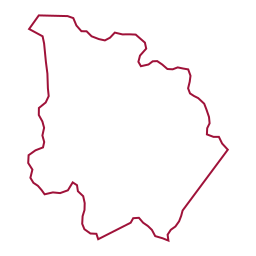 outline of São Ludgero, Santa Catarina, Brazil
{"feature_id": "56859067B3541578386981", "entity_name": "São Ludgero", "entity_type": "district", "adm_level": 2, "iso_a3": "BRA", "parent_name": "Brazil", "parent_adm1": "Santa Catarina", "projection": "orthographic", "projection_center": [-49.171, -28.352], "detail": "fine", "context": "isolated", "style": "outline", "palette": "rose", "viewbox_px": 256, "rotation_deg": 0, "n_neighbors": 0, "source": "geoboundaries", "source_scale": "gbopen_adm2", "svg_char_len": 1246}
<svg xmlns="http://www.w3.org/2000/svg" viewBox="0 0 256 256"><path d="M67.6,16.1L38.8,15.4L29.1,29.0L34.1,31.7L42.6,36.3L44.1,43.5L45.9,61.9L47.4,73.6L47.9,88.3L48.7,96.1L45.7,102.5L38.9,108.0L38.8,115.0L42.4,121.5L44.1,127.8L42.4,135.5L44.2,142.0L43.0,147.4L35.5,150.3L28.6,155.2L28.2,163.0L32.4,169.6L30.4,177.8L33.4,182.8L37.9,185.8L41.6,190.1L44.6,194.3L52.9,192.4L60.1,193.1L67.9,190.3L72.7,182.4L77.0,185.2L77.9,191.2L83.2,196.2L84.7,203.1L84.5,210.0L82.6,216.2L82.2,223.8L84.4,229.2L90.4,233.5L96.4,233.8L98.2,239.2L130.7,222.7L133.2,218.2L138.9,217.8L143.1,222.7L148.0,226.1L151.9,229.9L155.2,236.1L162.7,238.3L168.4,240.6L167.6,234.7L170.8,229.8L175.4,226.5L179.1,221.3L181.2,215.8L182.6,210.5L227.8,149.7L222.1,143.5L218.9,136.9L213.6,136.9L206.9,134.4L207.2,128.2L209.6,123.3L209.0,117.0L206.4,109.4L204.2,103.7L198.2,98.1L194.0,96.0L190.0,93.4L188.1,88.3L189.7,81.8L190.5,75.8L188.2,69.4L183.0,68.5L177.7,67.4L172.7,69.3L167.4,69.0L162.2,64.5L157.2,61.1L152.7,61.3L148.5,64.5L140.9,66.2L138.4,61.8L140.0,55.6L146.2,48.6L144.9,42.6L140.5,38.8L135.7,34.6L129.2,34.3L122.4,34.4L114.8,32.6L110.0,37.7L104.9,40.4L98.9,39.1L91.6,36.3L86.6,31.3L81.4,31.2L76.4,25.5L73.3,18.1L67.6,16.1Z" fill="none" stroke="#9f1239" stroke-width="2"/></svg>